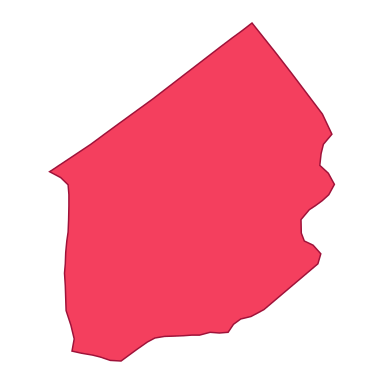 outline of Sangão, Santa Catarina, Brazil
{"feature_id": "56859067B58015021495227", "entity_name": "Sangão", "entity_type": "district", "adm_level": 2, "iso_a3": "BRA", "parent_name": "Brazil", "parent_adm1": "Santa Catarina", "projection": "natural_earth1", "projection_center": [-49.129, -28.647], "detail": "fine", "context": "isolated", "style": "filled", "palette": "rose", "viewbox_px": 384, "rotation_deg": 0, "n_neighbors": 0, "source": "geoboundaries", "source_scale": "gbopen_adm2", "svg_char_len": 896}
<svg xmlns="http://www.w3.org/2000/svg" viewBox="0 0 384 384"><path d="M72.0,351.1L81.4,353.2L92.6,355.1L100.2,357.0L110.3,360.4L121.1,361.0L128.4,355.6L137.7,348.8L147.4,342.0L154.9,338.0L164.6,336.4L173.9,336.1L183.6,335.7L191.9,335.1L199.6,335.1L210.1,332.3L219.4,333.0L228.1,332.3L233.5,324.3L240.7,319.0L251.0,316.5L263.9,309.6L317.9,263.8L320.8,253.8L313.1,245.2L304.3,241.0L301.3,233.1L301.0,219.6L309.3,209.7L315.9,205.3L322.3,200.6L328.8,194.7L334.4,184.4L328.3,173.2L319.8,165.4L321.1,153.6L323.4,144.3L331.9,134.2L322.4,114.1L291.8,73.6L276.1,53.3L252.0,23.0L242.6,30.3L232.5,37.7L220.5,46.8L152.6,99.1L119.7,123.0L105.1,133.7L90.5,144.5L49.6,171.7L60.7,177.6L68.1,184.8L68.9,194.7L68.9,205.9L68.6,219.9L68.1,232.1L66.8,241.0L65.7,252.6L65.3,263.8L64.5,273.2L65.3,285.7L65.7,298.1L66.1,310.6L70.9,325.2L74.2,338.9L72.0,351.1Z" fill="#f43f5e" stroke="#9f1239" stroke-width="1.5"/></svg>